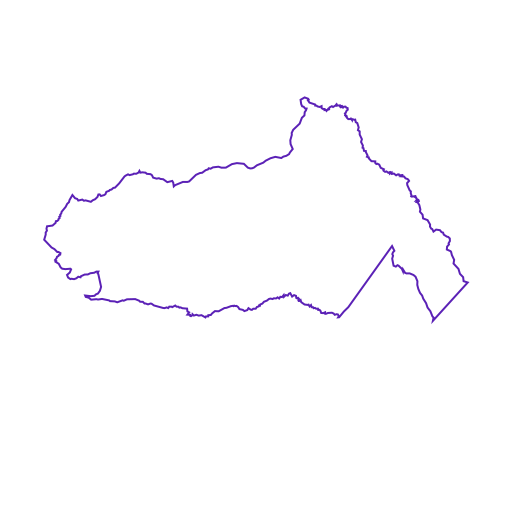 outline of Río De Oro, Cesar, Colombia, rotated 240°
{"feature_id": "7082276B35556421377361", "entity_name": "Río De Oro", "entity_type": "district", "adm_level": 2, "iso_a3": "COL", "parent_name": "Colombia", "parent_adm1": "Cesar", "projection": "natural_earth1", "projection_center": [-73.488, 8.215], "detail": "fine", "context": "isolated", "style": "outline", "palette": "violet", "viewbox_px": 512, "rotation_deg": 240, "n_neighbors": 0, "source": "geoboundaries", "source_scale": "gbopen_adm2", "svg_char_len": 6106}
<svg xmlns="http://www.w3.org/2000/svg" viewBox="0 0 512 512"><g transform="rotate(240 256 256)"><path d="M127.2,426.1L130.4,423.2L134.1,424.8L138.6,423.7L143.6,424.9L150.7,423.3L153.6,425.7L158.9,426.1L162.0,427.0L162.9,426.9L166.2,424.5L168.6,426.2L169.5,428.9L170.7,429.1L172.0,431.4L174.3,432.6L176.4,432.0L177.3,431.0L180.6,429.3L182.7,429.7L183.9,428.6L186.4,428.2L188.8,425.2L188.4,421.9L191.2,422.1L192.1,421.4L194.5,421.4L196.2,422.5L201.3,422.5L205.0,419.5L208.5,420.9L212.4,420.1L214.1,421.6L218.4,422.9L221.6,422.8L222.3,422.1L222.6,423.1L222.1,423.5L222.1,424.5L223.0,424.7L223.5,424.6L224.0,422.7L224.5,424.0L225.7,423.6L226.4,423.9L227.5,423.2L227.6,423.9L228.2,424.0L229.5,420.6L230.1,420.2L230.8,421.0L233.0,421.4L234.5,422.4L236.0,421.9L241.8,422.5L243.6,423.3L244.5,426.1L245.3,426.1L246.8,425.8L248.5,424.3L250.7,424.0L252.1,422.0L252.1,423.1L252.9,423.3L254.2,420.4L255.3,420.5L255.8,419.6L255.8,417.7L258.5,416.6L259.1,414.8L260.5,415.3L260.4,413.6L261.3,414.4L261.7,414.2L261.8,413.6L261.3,413.4L261.8,412.2L264.0,411.3L264.3,409.9L266.0,409.1L266.7,409.2L267.2,410.1L270.0,408.1L273.5,408.4L275.3,407.2L275.5,406.2L277.0,405.8L278.3,406.6L280.4,403.4L284.2,402.5L285.0,403.0L286.5,401.7L287.3,402.9L291.2,403.1L291.9,403.6L293.1,402.1L295.7,403.0L296.5,402.4L298.2,403.8L302.2,404.0L304.2,406.1L309.3,406.5L312.1,408.1L314.0,407.2L316.0,409.2L320.5,410.2L322.0,409.3L324.5,410.1L324.8,409.2L326.2,408.1L326.4,407.6L325.7,407.1L327.6,406.9L327.5,406.0L328.4,404.4L330.0,403.9L331.4,404.3L331.8,403.8L332.3,404.3L333.3,403.5L334.2,404.3L335.0,404.3L335.2,405.3L336.6,407.2L336.8,408.6L338.3,409.3L339.3,408.4L340.6,408.2L341.3,406.9L341.0,405.6L343.0,405.5L343.2,405.0L342.2,404.4L342.4,403.7L343.3,403.5L344.5,404.0L345.6,401.6L347.2,401.7L347.0,401.0L346.1,400.4L346.6,399.6L346.5,397.2L347.8,396.6L347.9,394.1L347.4,393.1L346.5,392.7L346.5,392.2L347.3,392.0L346.4,389.6L347.5,389.5L348.1,388.3L349.0,388.9L350.1,387.3L351.3,386.8L353.0,387.7L353.2,385.7L354.8,384.0L356.0,383.6L356.6,382.5L357.7,382.9L362.1,379.0L364.9,378.8L365.0,379.8L366.1,379.8L369.0,377.4L369.0,372.7L365.0,371.1L362.6,370.8L361.4,371.9L359.2,372.3L358.4,373.5L357.2,372.2L356.2,370.1L353.5,368.2L352.8,364.9L348.8,360.0L346.7,351.3L344.7,348.4L343.0,347.6L339.1,343.6L335.6,341.9L330.3,341.3L328.7,337.1L327.7,335.6L327.6,332.3L328.4,329.4L328.2,326.9L332.2,322.3L333.4,317.5L333.7,312.1L333.2,309.0L334.1,302.2L333.6,298.4L333.9,296.5L334.7,294.8L336.6,293.1L341.9,291.6L346.0,285.9L347.6,281.1L347.6,274.1L349.7,270.3L352.1,268.1L354.3,263.0L354.3,260.3L355.6,258.9L355.0,257.7L355.5,255.3L355.0,251.0L355.9,248.9L356.3,244.6L354.0,235.4L354.4,233.7L356.7,229.7L357.8,221.4L357.4,219.6L360.9,221.0L362.9,221.0L364.3,216.1L368.9,214.0L370.5,211.8L371.9,210.8L372.7,208.6L375.3,206.1L378.0,206.3L379.6,205.6L381.8,202.5L383.4,202.0L385.3,199.4L386.0,197.5L388.0,197.6L387.0,196.0L387.1,193.5L388.4,191.3L388.3,190.3L389.3,186.9L390.7,186.0L390.8,183.1L390.6,181.8L387.3,173.8L385.7,168.1L386.3,166.5L385.8,164.1L386.3,162.4L385.9,161.4L386.4,158.5L384.8,156.5L384.7,154.9L385.5,151.7L387.5,151.4L388.1,150.3L386.4,148.2L385.6,145.0L385.9,142.5L385.5,140.1L389.4,136.2L389.9,134.6L391.7,133.8L392.9,129.8L394.8,129.7L396.5,128.2L400.6,127.5L397.7,122.5L396.1,120.9L395.6,118.6L393.7,115.7L391.5,109.8L390.2,108.6L389.6,107.0L388.5,106.7L388.3,105.2L387.1,105.0L386.8,103.5L386.1,103.0L385.7,101.5L386.2,100.1L384.9,99.0L384.1,95.0L386.2,89.9L384.4,88.2L382.5,87.6L381.5,85.6L379.7,84.6L376.0,80.7L365.6,83.2L362.7,84.9L358.8,85.9L358.3,86.9L356.3,88.1L355.1,87.1L355.5,86.0L354.8,85.0L354.8,83.3L353.7,82.0L353.0,80.0L351.8,80.4L351.8,79.7L351.4,79.4L347.9,81.3L343.9,81.1L341.9,81.8L339.9,84.4L337.8,88.9L336.9,89.2L334.8,86.5L334.1,82.9L331.3,82.5L328.8,83.7L328.6,84.7L326.9,86.9L326.5,89.3L326.9,91.7L325.3,93.4L326.0,94.3L325.6,98.4L324.1,101.1L323.9,103.9L322.4,107.5L322.3,110.0L321.3,111.7L320.2,110.2L319.2,110.4L306.7,106.4L303.9,103.4L302.5,100.3L302.8,98.3L302.3,96.2L303.9,92.7L307.2,88.3L305.7,88.1L303.5,90.3L300.6,91.4L298.4,96.2L297.3,97.4L295.8,101.2L291.0,106.6L289.9,107.0L287.3,111.0L285.3,112.7L284.3,118.3L283.4,119.1L283.0,122.6L279.1,129.8L275.8,132.4L274.3,132.8L272.9,135.1L270.6,135.7L270.2,136.5L268.1,138.3L267.6,140.8L266.9,141.7L264.2,142.9L257.5,149.5L256.6,150.7L256.1,153.0L254.8,153.9L255.5,155.6L254.3,157.6L253.6,157.9L253.5,161.3L251.9,161.8L250.8,163.5L249.6,163.8L249.2,165.0L247.6,166.1L244.9,170.0L242.3,168.9L240.6,169.9L239.5,167.3L238.0,169.5L236.9,169.1L236.4,169.6L236.5,171.2L237.3,171.9L235.5,172.4L234.9,175.0L233.0,176.6L232.0,179.2L228.1,181.5L228.7,182.4L227.6,184.4L228.6,185.1L227.5,187.4L228.2,189.1L228.8,192.9L226.8,196.0L226.7,202.6L225.9,204.5L225.1,209.2L224.3,211.3L223.8,211.5L223.8,212.4L223.0,213.0L222.5,214.2L220.7,215.0L218.3,215.1L215.9,217.7L214.1,218.4L213.5,221.4L214.6,223.4L212.3,224.5L211.4,225.5L211.7,227.2L210.5,229.4L211.4,231.3L211.0,233.0L211.7,234.1L211.0,234.5L211.9,235.6L211.6,237.7L212.4,240.0L211.9,243.1L212.3,245.7L211.9,247.2L210.4,248.9L210.5,250.1L209.2,252.3L209.4,254.0L207.6,254.8L208.5,256.7L207.4,258.0L208.3,260.4L206.7,259.8L207.3,262.3L205.8,263.7L206.9,265.7L206.7,267.1L202.8,267.0L203.1,269.4L201.5,270.7L199.5,269.9L198.9,270.3L198.8,271.5L197.5,271.8L196.7,270.6L195.7,270.5L195.4,270.9L195.6,272.6L193.4,272.1L189.7,273.8L187.8,276.3L187.6,277.2L185.5,277.2L186.0,279.1L183.8,278.6L183.1,279.8L182.0,279.8L181.6,281.1L180.3,281.7L179.4,283.3L178.2,282.9L177.6,284.1L176.4,284.4L174.0,284.0L172.9,285.8L172.7,287.6L171.6,286.9L171.0,287.5L170.7,289.8L168.9,293.4L167.3,294.5L165.7,294.8L165.3,296.7L164.4,297.7L162.4,297.6L161.8,296.5L161.4,297.4L164.0,304.4L165.5,310.3L196.6,378.8L191.3,378.4L190.7,376.5L189.5,375.0L187.7,374.8L185.6,372.6L178.8,370.3L176.9,371.8L177.3,373.9L176.4,374.6L172.0,375.9L169.3,375.6L170.7,376.6L166.8,376.7L165.6,377.7L164.1,380.4L160.8,382.9L158.3,383.8L153.5,383.2L150.3,381.2L146.3,380.1L142.0,379.6L138.7,380.1L135.4,379.5L130.1,379.7L125.6,378.8L121.0,379.4L115.5,378.6L113.9,379.0L111.4,376.8L127.2,426.1Z" fill="none" stroke="#5b21b6" stroke-width="2"/></g></svg>